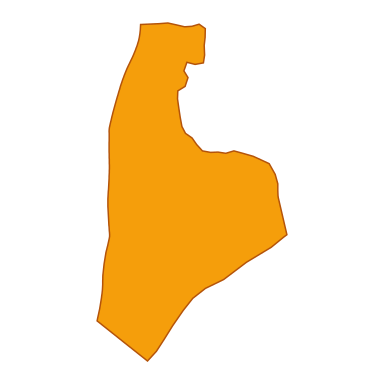 outline of Chhuzagang, Geylegphug, Bhutan
{"feature_id": "84629894B88618838291424", "entity_name": "Chhuzagang", "entity_type": "district", "adm_level": 2, "iso_a3": "BTN", "parent_name": "Bhutan", "parent_adm1": "Geylegphug", "projection": "robinson", "projection_center": [90.512, 26.875], "detail": "fine", "context": "isolated", "style": "filled", "palette": "amber", "viewbox_px": 384, "rotation_deg": 0, "n_neighbors": 0, "source": "geoboundaries", "source_scale": "gbopen_adm2", "svg_char_len": 2644}
<svg xmlns="http://www.w3.org/2000/svg" viewBox="0 0 384 384"><path d="M286.9,234.7L278.3,197.8L278.0,195.7L277.8,190.7L277.8,189.1L277.8,183.8L275.2,174.4L269.2,163.7L261.3,160.0L253.2,156.3L242.4,153.2L233.9,150.9L225.8,153.3L218.0,152.1L210.6,152.4L202.4,150.9L196.6,144.5L192.1,138.0L185.5,133.4L181.9,126.5L180.2,117.3L178.9,108.7L177.5,98.8L177.8,90.9L185.1,86.4L188.0,77.6L183.9,70.9L186.9,62.3L195.1,64.4L203.4,62.9L204.6,55.1L204.2,45.5L205.1,37.4L205.3,28.6L199.1,24.2L192.0,26.3L184.6,26.8L176.0,24.8L167.9,23.0L158.7,23.7L140.6,24.5L140.5,26.3L140.4,28.2L140.3,30.1L140.1,31.9L139.9,33.8L139.6,35.6L139.3,37.5L138.9,39.3L138.5,41.1L137.9,42.9L137.4,44.7L136.8,46.5L136.1,48.2L135.5,50.0L134.8,51.7L134.1,53.4L133.4,55.1L132.6,56.9L131.8,58.6L131.0,60.2L130.2,61.9L129.4,63.6L128.6,65.2L127.8,66.9L127.0,68.6L126.3,70.3L125.6,72.0L124.9,73.8L124.2,75.5L123.6,77.3L122.9,79.0L122.3,80.8L121.7,82.6L121.1,84.3L120.5,86.1L120.0,87.9L119.5,89.7L118.9,91.5L118.4,93.3L117.9,95.1L117.3,96.9L116.8,98.7L116.3,100.4L115.8,102.2L115.3,104.0L114.8,105.8L114.3,107.6L113.8,109.5L113.3,111.3L112.8,113.1L112.4,114.9L111.9,116.7L111.5,118.5L111.1,120.3L110.6,122.2L110.2,124.0L109.8,125.8L109.4,127.7L109.2,129.5L109.1,131.4L109.2,133.3L109.2,135.1L109.2,137.0L109.2,138.9L109.2,140.8L109.1,142.6L109.1,144.5L109.1,146.4L109.1,148.3L109.1,150.2L109.1,152.0L109.2,153.9L109.2,155.8L109.2,157.7L109.3,159.5L109.3,161.4L109.3,163.3L109.4,165.2L109.4,167.0L109.4,168.9L109.3,170.8L109.3,172.7L109.2,174.6L109.1,176.4L109.1,178.3L109.0,180.2L108.9,182.1L108.8,183.9L108.7,185.8L108.6,187.7L108.5,189.5L108.3,191.4L108.2,193.3L108.1,195.2L108.0,197.0L107.9,198.9L107.9,200.8L107.9,202.7L107.9,204.5L107.9,206.4L108.0,208.3L108.1,210.2L108.2,212.0L108.3,213.9L108.4,215.8L108.5,217.7L108.6,219.5L108.7,221.4L108.8,223.3L108.9,225.2L109.1,227.0L109.2,228.9L109.3,230.8L109.5,232.7L109.6,234.5L109.6,236.4L109.3,238.3L108.9,240.1L108.5,241.9L108.1,243.7L107.7,245.6L107.2,247.4L106.8,249.2L106.3,251.0L105.9,252.8L105.6,254.7L105.3,256.5L105.0,258.4L104.7,260.2L104.4,262.1L104.1,263.9L103.9,265.8L103.7,267.7L103.5,269.5L103.3,271.4L103.1,273.3L102.9,275.1L102.8,277.0L102.8,278.9L102.7,280.8L102.7,282.6L102.7,284.5L102.6,286.4L102.5,288.3L102.4,290.1L102.2,292.0L102.0,293.9L101.7,295.7L101.5,297.6L101.2,299.5L100.9,301.4L100.6,303.2L100.3,305.1L100.0,306.9L99.7,308.8L99.3,310.6L98.9,312.4L98.5,314.3L98.1,316.1L97.7,317.9L97.1,320.9L125.2,343.3L147.5,361.0L156.4,351.3L164.3,339.1L172.6,325.8L183.3,310.3L192.8,298.3L205.4,288.4L223.7,279.5L246.4,262.3L271.2,247.3L283.6,237.2L286.9,234.7Z" fill="#f59e0b" stroke="#b45309" stroke-width="1.5"/></svg>